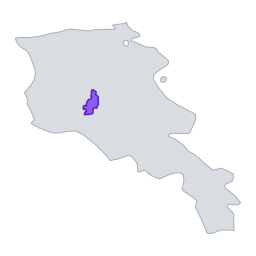 Nairi, Kotayk, Armenia shown in context
{"feature_id": "60910142B16910002404560", "entity_name": "Nairi", "entity_type": "district", "adm_level": 2, "iso_a3": "ARM", "parent_name": "Armenia", "parent_adm1": "Kotayk", "projection": "robinson", "projection_center": [44.476, 40.372], "detail": "fine", "context": "in_parent", "style": "filled", "palette": "violet", "viewbox_px": 256, "rotation_deg": 0, "n_neighbors": 0, "source": "geoboundaries", "source_scale": "gbopen_adm2", "svg_char_len": 2590}
<svg xmlns="http://www.w3.org/2000/svg" viewBox="0 0 256 256"><path d="M110.1,160.5L107.6,156.8L95.2,144.4L83.7,134.9L75.8,131.0L67.8,131.4L55.4,133.3L50.9,132.5L40.1,128.4L31.2,123.6L32.4,121.5L34.3,120.1L32.1,113.7L27.1,103.5L27.7,100.4L26.1,95.9L24.4,92.6L31.4,84.6L34.7,78.2L35.4,72.0L33.6,65.5L29.0,53.8L26.1,50.4L20.9,47.2L16.5,42.0L15.4,38.3L19.1,37.6L30.0,37.5L40.5,36.2L48.8,33.8L60.8,31.7L65.7,29.9L71.4,29.1L88.9,31.0L95.4,29.5L115.1,29.2L115.6,28.5L112.9,26.0L113.0,25.0L124.7,23.5L126.5,22.3L128.0,26.2L132.4,30.6L137.2,32.4L139.8,34.8L139.9,36.6L131.4,38.8L130.9,39.9L131.4,41.0L134.0,41.6L145.9,47.1L152.7,47.2L156.3,48.8L158.1,52.1L163.8,56.6L168.3,60.9L168.6,62.4L167.8,64.6L155.1,73.1L153.5,76.0L153.3,79.1L159.0,88.3L167.2,98.3L179.2,105.9L195.6,114.2L195.8,119.4L193.3,125.5L191.1,129.6L190.1,132.4L188.1,133.6L171.8,133.3L169.3,134.3L168.2,135.5L168.2,136.5L174.0,138.4L183.2,145.0L188.5,151.4L194.0,154.1L200.2,159.2L205.2,164.0L212.9,170.1L221.5,168.1L233.0,173.6L233.5,177.3L232.8,180.6L225.6,184.2L224.7,185.7L224.8,186.9L225.7,188.7L230.0,191.7L235.0,196.0L240.6,202.6L238.2,204.6L232.9,204.8L228.8,204.0L227.4,205.4L227.5,207.5L232.9,212.5L233.9,216.1L233.7,222.4L234.1,230.4L221.6,229.9L211.0,233.7L207.0,232.9L204.3,226.2L202.0,220.7L195.2,206.6L197.0,200.8L193.2,197.5L184.1,191.5L181.8,189.0L183.0,185.6L183.9,179.4L183.0,174.4L180.6,172.9L176.0,172.8L170.5,174.0L159.5,178.9L151.8,175.8L147.4,172.6L144.8,170.0L139.1,172.2L137.7,171.1L137.4,164.7L135.6,161.2L132.2,157.1L128.9,155.1L117.2,159.2L110.1,160.5ZM128.1,45.2L128.5,42.9L127.9,40.8L126.0,40.2L123.7,40.7L123.5,43.0L124.2,45.2L126.6,46.2L128.1,45.2ZM165.9,81.0L163.2,82.4L160.7,81.8L160.7,78.2L162.5,76.7L164.6,76.8L166.6,78.1L165.9,81.0Z" fill="#d9dde1" stroke="#a8b0b8" stroke-width="1"/><path d="M92.9,89.8L92.3,89.9L91.6,90.4L91.4,90.7L91.4,91.3L91.6,91.8L91.5,93.0L91.2,95.2L91.0,96.4L91.5,96.8L91.8,97.1L91.8,97.6L91.2,98.4L90.0,99.4L88.6,99.6L88.2,100.3L87.7,100.8L87.4,101.1L86.7,102.7L86.5,103.6L86.4,104.5L86.7,105.3L86.6,105.6L85.9,105.7L85.5,105.5L84.8,105.5L83.9,105.8L83.5,106.3L83.3,106.7L83.4,107.6L83.3,108.6L83.4,109.2L83.7,109.4L84.2,109.4L84.8,109.1L85.3,109.1L86.1,110.1L86.6,110.7L86.7,110.9L86.5,111.2L85.2,112.0L85.1,112.5L84.7,113.0L84.4,113.5L84.4,114.0L84.6,114.6L85.5,114.7L86.4,114.5L87.4,114.4L88.5,114.5L89.1,114.4L89.6,114.2L90.2,113.7L91.3,114.1L91.6,114.0L92.2,113.6L92.6,113.5L93.0,112.0L93.0,109.9L93.8,108.0L95.5,107.8L96.7,108.1L97.6,105.5L98.4,104.9L98.2,101.9L98.2,96.7L95.6,94.3L96.3,92.1L92.9,89.8Z" fill="#8b5cf6" stroke="#5b21b6" stroke-width="1.5"/></svg>